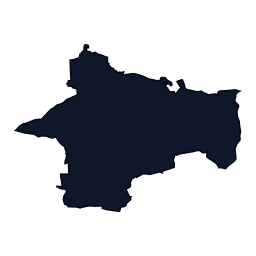 the district of Snēpeles pag., Kuldigas, Latvia
{"feature_id": "27541924B13518565761243", "entity_name": "Snēpeles pag.", "entity_type": "district", "adm_level": 2, "iso_a3": "LVA", "parent_name": "Latvia", "parent_adm1": "Kuldigas", "projection": "natural_earth1", "projection_center": [21.939, 56.845], "detail": "fine", "context": "isolated", "style": "filled", "palette": "ink", "viewbox_px": 256, "rotation_deg": 0, "n_neighbors": 0, "source": "geoboundaries", "source_scale": "gbopen_adm2", "svg_char_len": 5391}
<svg xmlns="http://www.w3.org/2000/svg" viewBox="0 0 256 256"><path d="M119.6,211.1L120.7,207.5L120.8,207.0L124.4,206.5L124.6,206.1L125.5,205.8L126.1,205.0L126.1,204.3L126.8,203.0L130.6,199.6L130.8,199.1L130.5,197.7L131.0,196.8L129.7,196.8L128.8,195.1L127.2,192.0L126.7,190.9L126.0,189.0L129.7,187.3L130.6,184.9L130.2,182.6L132.2,178.4L133.6,178.1L134.2,177.2L136.4,176.7L136.7,177.3L142.7,173.9L143.2,173.8L143.7,173.7L150.1,174.3L152.6,173.7L158.2,172.3L158.7,172.0L159.1,171.7L159.6,171.7L159.7,171.9L162.2,172.8L161.7,171.7L163.6,170.8L174.1,167.3L174.2,165.6L174.4,164.0L174.1,163.0L173.9,162.1L173.4,160.8L173.3,159.1L173.7,158.5L173.9,158.0L174.2,157.2L175.0,154.2L175.3,154.4L175.7,154.5L175.9,154.9L176.7,155.1L179.0,154.3L180.9,153.5L184.0,153.2L187.0,152.6L190.2,152.1L192.7,151.7L196.9,150.6L199.4,150.5L200.9,151.4L202.8,152.8L204.3,152.7L206.4,152.4L207.1,151.8L206.8,155.8L207.2,157.2L208.3,158.1L212.6,160.9L216.3,163.4L218.9,167.3L218.8,167.6L220.5,167.8L222.2,167.8L224.6,168.4L225.6,168.6L227.6,166.3L234.4,161.0L235.9,159.0L235.7,156.0L235.2,151.1L234.9,148.8L236.1,145.9L236.7,144.0L237.4,143.4L237.6,143.0L238.3,141.7L238.9,141.3L239.8,140.2L240.1,138.9L239.7,136.4L239.8,135.1L240.2,133.5L240.6,131.9L240.5,130.6L239.9,128.0L239.4,124.2L239.2,121.5L237.5,116.9L237.1,114.4L237.0,112.1L236.9,110.9L237.4,109.4L238.5,106.7L238.5,105.5L237.9,104.5L235.7,102.4L235.2,102.0L234.9,101.1L235.0,99.4L235.7,96.4L235.8,94.4L236.2,93.5L237.6,92.4L239.8,91.1L238.6,90.9L235.4,89.8L233.0,90.1L229.6,90.4L228.0,90.4L227.3,90.6L221.9,90.9L219.0,91.3L217.7,93.0L217.4,93.6L217.3,93.9L217.2,94.9L217.3,95.1L217.0,95.1L216.0,94.6L215.7,94.4L215.2,94.0L212.7,94.2L211.3,94.5L211.0,94.4L208.4,94.9L206.4,93.8L205.1,93.4L202.9,92.3L201.3,91.2L198.6,91.6L197.7,91.7L196.3,91.6L194.6,91.3L192.2,90.7L191.0,90.4L189.9,90.2L188.4,89.9L186.9,89.5L185.7,89.0L185.8,89.0L185.9,88.9L185.1,88.5L185.1,88.3L184.2,84.4L182.4,79.9L181.3,79.9L179.0,80.7L177.0,81.5L179.0,85.0L179.6,85.9L179.7,86.2L181.3,87.5L179.0,89.9L177.9,91.3L176.6,93.1L176.4,93.2L176.4,93.4L176.0,93.5L174.5,93.2L174.2,91.7L172.8,91.8L170.4,92.0L168.4,90.0L167.6,88.4L167.1,87.8L165.5,86.5L166.1,85.0L164.9,84.4L163.7,84.4L163.4,83.2L166.0,83.1L166.7,84.1L168.8,83.8L171.2,85.7L172.0,84.7L171.3,82.4L171.1,82.2L167.5,80.5L165.5,78.0L165.1,77.7L164.8,77.6L162.6,77.6L161.4,77.6L160.6,78.2L160.5,80.2L159.4,80.6L156.0,80.6L154.8,80.2L147.6,78.6L144.1,76.6L139.5,75.1L138.8,74.8L134.7,73.8L131.4,73.7L130.0,74.0L125.5,74.6L125.4,75.5L123.9,74.9L122.3,75.2L121.9,75.1L122.8,74.0L123.3,73.2L123.5,72.8L123.8,72.0L123.3,72.0L122.6,72.1L122.3,72.3L122.2,72.4L121.4,72.5L121.1,72.7L120.2,72.2L119.8,72.1L118.3,72.4L117.4,72.3L116.8,72.4L116.5,72.5L116.6,71.2L116.2,70.9L115.7,71.0L115.2,70.7L114.3,70.5L114.0,70.3L113.9,70.1L113.8,69.7L113.9,69.1L112.6,68.3L111.8,67.9L110.4,67.4L110.5,67.3L110.3,67.2L110.2,66.9L110.3,66.7L110.1,66.6L109.8,66.5L109.8,66.3L109.7,66.2L109.4,66.1L109.2,65.7L109.3,65.6L109.2,65.5L109.0,65.3L108.7,64.9L108.4,64.7L108.7,64.3L108.9,64.1L108.8,63.5L107.5,62.6L107.4,60.6L107.5,57.4L104.0,56.2L101.7,55.2L97.3,53.9L96.5,53.0L95.3,52.3L92.8,53.1L91.7,53.4L90.1,51.7L87.0,51.3L86.0,48.4L88.5,47.7L88.4,46.4L88.2,45.5L86.4,44.9L85.2,44.7L84.3,46.1L84.1,47.4L84.0,48.1L84.2,48.9L83.6,50.6L82.9,51.4L82.2,51.8L81.5,52.7L81.3,53.4L81.1,54.3L80.1,54.1L79.6,55.9L79.4,56.6L80.0,57.3L75.1,59.2L73.9,59.5L73.2,59.7L70.1,60.1L70.3,64.4L70.3,65.2L70.5,70.8L70.5,71.7L70.8,77.0L70.9,78.3L71.0,80.6L68.3,80.8L68.2,81.6L67.7,83.0L67.3,83.6L66.9,83.9L68.2,85.2L68.2,86.0L68.9,86.3L71.5,86.1L72.9,87.8L75.0,88.3L76.8,89.0L77.2,90.9L77.4,94.5L75.9,95.5L75.0,95.9L74.1,96.4L72.9,96.9L72.4,97.0L72.1,97.4L71.1,97.7L69.8,98.3L67.6,99.1L67.0,99.4L65.1,101.0L63.5,102.7L60.3,104.1L58.2,104.6L57.2,105.0L54.0,107.5L52.5,108.5L50.7,109.5L47.6,112.8L45.6,115.0L44.4,116.1L43.6,116.9L43.3,117.2L42.8,118.0L42.7,118.6L42.1,118.7L41.3,119.3L37.9,119.4L34.5,120.0L29.7,121.9L27.0,122.9L25.3,123.6L23.8,123.7L22.7,124.2L20.9,125.5L20.0,125.8L18.6,127.2L17.0,129.1L15.4,130.4L16.8,130.8L20.5,131.8L24.7,132.9L31.5,133.9L33.4,134.1L34.1,134.2L38.2,136.7L38.4,136.8L38.6,136.8L41.6,135.9L45.8,136.1L52.0,138.0L52.3,138.0L56.2,136.9L56.6,137.9L58.0,140.3L58.7,141.2L59.4,142.2L60.1,143.0L61.7,144.6L63.4,145.9L64.9,146.7L64.9,148.1L65.1,148.8L65.4,149.7L65.6,149.9L65.9,150.9L66.4,152.4L65.9,153.7L66.2,154.2L66.9,154.7L66.2,157.9L65.1,161.7L65.0,163.6L66.9,163.0L68.4,161.4L68.9,174.1L60.6,174.2L60.9,177.2L61.6,181.0L62.2,186.2L61.1,186.6L57.1,186.3L56.8,186.3L56.8,186.5L56.9,186.8L57.0,186.9L57.4,186.9L58.7,187.3L58.9,187.4L59.2,188.0L59.3,188.1L59.6,188.2L60.0,188.2L60.5,188.5L60.8,188.5L61.0,188.5L61.4,188.6L61.6,188.7L61.8,189.0L62.3,188.9L62.4,189.0L64.3,189.0L64.9,189.1L65.5,189.3L65.8,189.6L66.0,190.0L66.1,190.7L66.6,191.5L67.5,191.5L67.9,191.6L67.2,192.0L66.8,192.3L66.4,192.9L66.1,193.2L65.9,193.2L65.4,193.3L65.4,193.5L65.6,193.7L65.4,193.9L65.3,194.5L64.6,195.0L64.4,195.6L63.8,196.4L63.7,197.7L63.9,197.8L63.7,198.0L63.2,199.2L63.6,200.5L63.7,201.5L64.1,202.3L64.2,202.9L64.7,203.7L65.0,204.3L65.1,204.5L66.1,204.2L68.3,206.6L68.6,206.8L70.4,206.7L72.5,206.9L73.7,206.8L76.3,206.9L76.9,207.0L78.6,207.5L80.4,207.9L82.1,207.1L83.1,207.1L86.6,206.2L90.3,205.8L94.8,206.2L99.7,206.0L102.8,205.9L102.2,208.3L105.8,209.4L106.7,209.6L118.8,211.3L119.3,211.2L119.6,211.1Z" fill="#0f172a" stroke="#020617" stroke-width="1.5"/></svg>